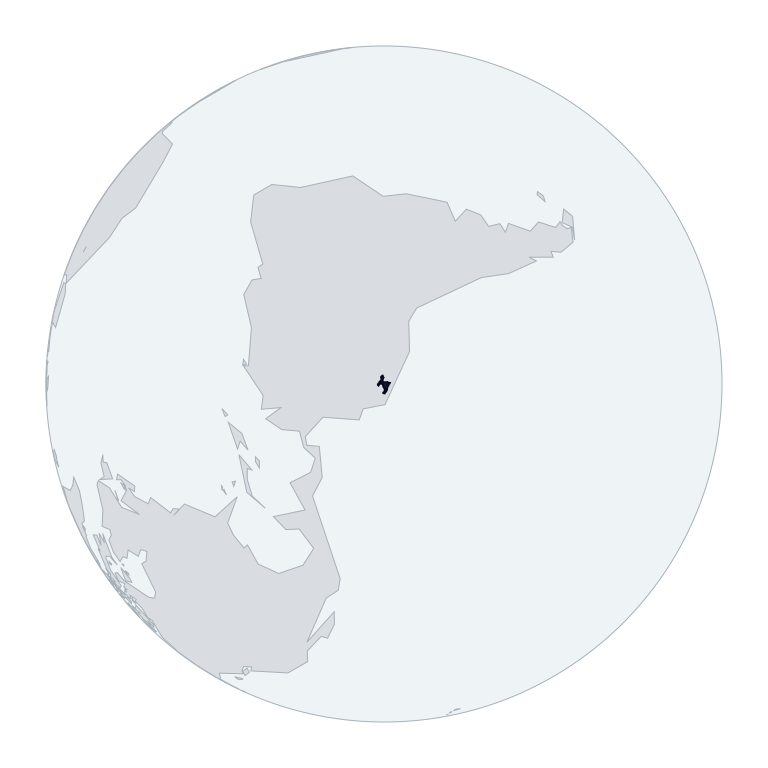 La Libertad highlighted on a globe, orthographic projection, rotated 236°
{"feature_id": "PER-580", "entity_name": "La Libertad", "entity_type": "Department", "adm_level": 1, "iso_a3": "PER", "parent_name": "Peru", "parent_adm1": "", "projection": "orthographic", "projection_center": [-78.244, -7.962], "detail": "fine", "context": "on_globe", "style": "filled", "palette": "ink", "viewbox_px": 768, "rotation_deg": 236, "n_neighbors": 0, "source": "natural_earth", "source_scale": "10m", "svg_char_len": 8872}
<svg xmlns="http://www.w3.org/2000/svg" viewBox="0 0 768 768"><g transform="rotate(236 384 384)"><circle cx="384" cy="384" r="338" fill="#eef3f6" stroke="#a8b0b8"/><path d="M279.2,62.7L280.5,62.9L297.7,58.5L317.8,59.6L322.6,57.5L333.4,58.1L343.0,56.3L343.9,58.1L350.7,55.3L348.0,54.2L350.1,52.9L355.5,52.0L357.7,53.7L355.3,54.4L358.8,54.5L357.6,55.9L361.2,54.8L363.3,57.6L369.3,53.8L377.6,55.3L376.8,57.5L366.4,58.5L338.7,69.7L334.7,74.1L339.4,78.4L370.4,82.7L370.3,87.8L377.8,93.8L382.7,89.8L378.6,83.9L389.5,79.0L383.2,73.5L386.7,71.1L384.4,65.9L396.0,65.7L408.6,68.7L411.1,73.4L416.7,75.3L423.5,70.7L437.0,80.6L461.3,89.9L463.6,93.2L451.5,98.3L428.4,97.5L412.7,108.2L434.3,100.8L439.6,110.9L445.3,112.8L451.7,112.5L454.2,108.8L458.4,112.7L438.6,120.4L434.5,116.9L440.8,114.2L429.9,114.4L416.6,121.5L420.4,127.0L396.4,135.1L398.7,139.5L394.8,144.3L392.7,136.4L396.1,151.4L368.4,169.6L372.6,199.2L356.1,176.6L342.7,174.7L326.5,176.2L326.9,180.8L305.1,179.0L285.7,190.8L279.1,215.5L287.0,233.8L311.2,232.6L318.2,221.3L335.9,218.1L323.7,248.1L354.6,250.9L351.8,273.8L360.9,285.5L376.3,282.0L392.2,287.5L403.3,273.8L421.3,266.5L422.1,285.3L431.7,268.2L442.0,277.4L477.5,277.6L474.9,281.8L505.0,305.7L536.6,317.8L544.0,332.7L540.3,341.2L551.0,344.7L551.2,350.6L593.0,364.1L613.5,381.8L612.1,402.6L593.7,424.5L573.9,474.5L540.0,488.3L529.3,508.8L499.4,537.9L479.1,534.2L482.8,550.1L469.9,558.8L456.2,558.8L452.1,569.7L441.9,569.5L447.5,577.0L428.9,590.7L431.9,602.7L417.8,613.8L420.2,620.8L415.6,620.5L410.2,622.9L409.1,626.8L395.9,620.1L394.3,604.4L400.6,596.6L394.5,595.2L408.0,575.2L400.8,579.2L405.9,548.9L417.8,524.2L428.7,453.5L422.1,439.5L396.7,423.4L366.4,373.3L375.0,352.8L368.1,343.4L390.6,314.8L384.4,289.3L376.3,285.8L368.5,295.5L341.0,280.5L331.2,262.1L247.1,238.8L238.6,230.7L238.8,216.3L213.0,175.7L223.1,215.4L212.7,208.7L204.8,195.1L209.9,190.7L205.5,171.0L196.5,165.5L198.2,142.8L220.7,113.1L223.2,116.1L228.3,109.6L225.6,105.9L222.5,105.2L236.3,85.9L230.6,83.4L217.9,89.8L229.3,83.7L212.5,92.9L234.0,81.2L256.3,71.1L279.2,62.7ZM72.0,265.9L74.4,258.7L74.2,262.0L72.0,265.9ZM75.0,255.2L74.3,257.4L74.7,255.7L75.0,255.2ZM74.8,254.5L75.0,255.0L74.4,255.3L74.8,254.5ZM74.1,254.7L74.6,254.3L74.4,254.6L74.1,254.7ZM371.1,209.7L406.5,224.2L386.7,226.3L390.4,223.4L381.4,217.3L364.7,212.1L347.3,216.1L371.1,209.7ZM74.1,252.6L74.2,251.9L74.9,250.8L74.1,252.6ZM386.2,192.4L380.1,191.4L386.1,191.1L386.2,192.4ZM220.0,105.8L224.8,106.3L225.0,111.5L220.2,111.2L220.0,105.8ZM220.7,97.9L224.8,96.5L218.7,102.3L218.2,101.3L220.7,97.9ZM207.3,96.0L210.0,94.5L205.2,97.3L207.3,96.0ZM378.1,66.5L381.2,66.2L380.0,67.3L378.1,66.5ZM374.2,64.8L370.7,66.3L368.3,65.7L370.6,64.8L374.2,64.8ZM379.1,63.2L364.6,64.6L360.5,63.8L365.5,59.8L379.1,63.2ZM344.8,54.3L348.0,55.4L340.3,55.4L344.8,54.3ZM339.4,54.7L313.0,58.5L311.0,57.2L320.2,55.8L313.6,55.4L325.7,52.7L332.0,52.4L330.9,53.6L336.3,51.8L339.4,54.7ZM350.3,52.4L345.1,52.9L343.1,51.7L353.0,50.3L350.5,51.1L350.3,52.4ZM306.0,56.9L306.2,56.1L316.0,53.6L317.5,53.1L325.8,52.6L306.0,56.9ZM353.7,51.0L358.1,49.8L364.0,49.8L355.2,51.8L353.7,51.0ZM338.3,52.0L337.8,51.5L341.3,51.3L338.3,52.0ZM387.5,50.4L381.3,50.5L379.7,49.7L387.5,50.4ZM359.4,49.4L357.3,49.4L356.0,49.3L360.1,48.7L359.4,49.4ZM332.1,51.1L336.2,50.5L329.2,51.2L336.3,49.9L340.6,50.0L341.7,49.4L343.9,49.1L344.9,49.6L332.1,51.1ZM360.2,47.8L368.1,48.4L379.8,48.2L381.6,48.7L362.4,49.1L360.2,47.8ZM351.1,48.7L357.1,48.2L356.3,48.8L351.6,49.6L351.1,48.7ZM339.5,49.2L327.6,51.1L327.1,51.1L339.5,49.2ZM363.8,47.5L361.8,47.5L364.7,47.4L363.8,47.5ZM347.2,48.4L343.0,48.9L342.5,48.9L347.2,48.4ZM361.3,47.2L363.8,47.2L360.8,47.5L361.3,47.2ZM355.0,47.6L355.3,47.4L358.1,47.6L353.2,47.8L355.0,47.6ZM347.4,48.2L345.7,48.4L349.2,48.0L347.4,48.2ZM371.4,46.3L375.8,46.5L369.0,47.1L365.7,46.7L371.4,46.3ZM417.5,634.1L396.8,622.5L408.6,627.8L418.2,622.0L428.6,630.8L417.5,634.1ZM445.2,619.5L455.5,616.8L457.6,618.8L450.9,621.3L445.2,619.5ZM627.6,149.8L628.0,150.3L647.1,175.1L645.4,176.4L637.0,170.0L614.4,143.3L620.6,143.8L612.7,135.9L598.1,123.9L601.2,125.6L596.0,121.3L597.1,121.7L595.0,120.0L627.6,149.8ZM680.1,546.9L684.3,538.9L707.7,479.9L714.0,456.9L707.9,480.2L700.2,503.1L690.9,525.3L680.1,546.9ZM718.6,431.3L721.4,388.1L721.2,364.5L720.2,353.5L719.2,354.4L717.1,341.4L715.7,340.2L701.2,342.8L691.8,325.5L668.8,276.7L667.8,259.2L659.0,238.4L645.3,176.9L652.1,182.0L653.2,179.7L667.1,199.5L679.6,220.3L690.6,241.9L700.0,264.3L707.8,287.3L713.9,310.7L718.3,334.6L721.0,358.7L721.9,382.9L721.1,407.2L718.6,431.3ZM661.4,208.3L664.5,214.1L661.4,208.3ZM478.6,277.4L483.0,281.3L477.3,281.1L478.6,277.4ZM384.1,233.7L391.5,234.0L395.5,236.7L389.8,237.7L384.1,233.7ZM445.9,234.1L454.3,235.9L445.7,237.2L445.9,234.1ZM412.0,226.2L439.2,233.5L422.4,238.5L405.2,234.3L417.0,232.8L412.0,226.2ZM383.1,202.2L387.8,203.4L386.5,206.6L383.1,202.2ZM390.6,192.4L388.8,192.6L386.4,190.2L390.6,192.4ZM440.8,110.4L442.5,109.9L449.1,110.5L446.3,112.0L440.8,110.4ZM476.7,105.1L482.7,111.5L476.4,107.5L473.7,110.2L457.1,106.0L463.8,94.7L463.7,100.2L476.7,105.1ZM436.9,98.6L446.6,101.6L435.7,98.8L436.9,98.6ZM566.3,100.6L571.0,103.2L577.0,107.6L578.0,110.2L569.4,103.6L566.3,100.6ZM589.8,115.9L591.9,117.6L590.4,118.0L587.4,114.7L583.0,111.9L576.2,106.3L555.6,93.2L554.1,92.0L558.4,94.7L559.5,95.2L566.8,99.9L582.5,110.5L589.8,115.9ZM505.7,71.0L496.8,67.8L505.0,68.9L512.4,71.9L514.0,73.9L506.2,71.7L505.7,71.0ZM390.8,57.0L386.9,57.5L386.3,56.8L389.1,55.8L390.8,57.0ZM384.7,50.5L407.5,54.9L404.1,55.4L421.5,58.6L419.3,61.5L408.2,59.1L419.5,64.4L408.6,63.4L417.3,67.2L392.6,61.5L383.2,61.7L394.5,60.2L396.7,57.3L394.9,56.1L382.6,53.3L363.5,53.3L362.6,51.3L367.1,50.0L371.6,49.7L370.7,50.8L377.3,49.6L379.5,51.2L384.7,50.5ZM456.4,53.9L457.1,54.1L462.3,55.3L463.2,55.7L469.7,57.4L466.4,56.7L477.3,59.7L469.6,57.7L473.9,59.3L479.1,60.3L471.2,64.3L473.9,69.2L480.3,74.7L466.2,72.0L451.2,65.6L437.9,59.0L437.3,55.4L431.1,55.4L428.9,53.9L434.8,54.5L424.5,52.7L424.4,51.8L412.4,48.9L397.8,48.1L393.0,47.5L398.7,47.4L390.0,46.9L397.5,46.6L394.3,46.4L397.7,46.4L427.2,48.9L456.4,53.9ZM393.6,46.2L385.5,46.5L387.3,46.7L380.7,47.9L368.6,47.9L371.6,47.4L371.7,47.1L375.5,47.2L372.5,46.9L376.5,46.5L375.4,46.3L380.5,46.2L373.3,46.2L393.6,46.2Z" fill="#d9dde1" stroke="#a8b0b8" stroke-width="1"/><path d="M381.6,389.9L381.6,389.7L381.4,389.4L381.2,389.2L381.0,388.8L381.0,388.7L381.1,388.4L381.1,388.2L381.0,387.8L380.8,387.6L380.6,387.3L380.4,387.1L380.1,387.0L380.0,386.9L379.9,386.8L380.0,386.7L380.2,386.4L379.8,385.9L379.6,385.6L379.5,385.3L378.9,384.8L378.9,384.6L378.5,384.4L377.8,383.9L377.5,383.5L377.3,383.3L377.3,383.0L377.0,382.7L376.9,382.6L377.0,382.5L377.0,382.4L377.0,382.2L376.7,381.8L376.3,381.3L376.2,381.1L376.2,380.9L376.2,380.7L376.2,380.4L376.1,380.2L376.0,379.9L375.8,379.7L375.6,379.5L375.5,379.4L375.7,379.1L376.7,378.1L376.8,378.1L377.4,378.3L377.5,378.4L377.5,379.3L377.6,379.5L377.5,379.8L377.5,380.0L377.4,380.0L377.3,380.3L377.5,380.4L377.8,380.5L378.1,380.6L378.4,380.7L378.6,380.8L378.9,381.1L379.0,381.2L379.0,381.3L379.2,381.6L379.2,381.8L379.2,382.0L379.5,382.5L379.7,382.3L379.8,382.3L379.8,382.2L379.9,381.9L380.0,381.8L380.3,381.8L380.7,381.7L380.8,381.6L381.1,381.7L381.3,381.8L381.5,381.7L381.8,381.7L382.0,381.7L382.3,381.9L382.4,382.0L382.6,382.1L382.8,382.2L383.1,382.1L383.3,382.3L383.6,382.4L383.6,382.5L383.7,382.8L383.8,382.8L384.0,382.8L384.1,382.7L384.3,382.6L384.6,382.3L384.8,382.3L385.0,382.4L385.4,382.3L385.5,382.3L385.8,382.3L385.8,382.2L385.9,381.9L385.9,381.7L385.9,381.4L386.2,381.1L386.3,381.1L386.6,381.1L386.9,381.1L386.8,380.9L386.6,380.8L386.5,380.7L386.4,380.6L386.3,380.3L386.3,380.1L386.2,380.1L386.2,379.9L386.2,379.7L386.0,379.4L385.9,379.4L385.8,379.2L385.7,378.8L385.6,378.6L385.5,378.4L385.8,378.3L386.0,378.3L386.1,378.2L386.3,378.3L386.5,378.3L386.9,378.3L387.0,378.4L387.1,378.5L387.3,379.0L387.7,379.3L387.8,379.5L387.6,380.0L387.6,380.3L387.8,380.7L387.9,380.9L388.1,381.0L388.3,381.2L388.4,381.4L388.6,381.6L388.7,381.8L388.5,382.2L388.5,382.4L388.5,382.6L388.5,382.8L388.6,383.0L388.7,383.3L388.9,383.6L389.0,383.7L389.0,383.8L389.0,384.0L388.9,384.2L388.9,384.3L389.0,384.3L389.1,384.5L389.4,384.7L389.5,384.7L389.8,384.6L390.5,384.8L391.0,385.0L391.4,385.2L391.8,385.7L391.8,385.8L392.0,387.3L392.1,387.5L391.9,387.8L391.5,387.8L391.4,387.8L391.2,387.7L391.2,387.4L391.1,387.2L390.9,387.2L390.6,387.3L390.4,387.3L389.7,387.4L389.4,387.4L389.4,387.2L389.2,386.8L388.8,386.3L388.4,385.7L388.1,385.5L387.7,385.1L387.6,384.9L387.6,384.7L387.5,384.4L387.4,384.3L387.1,384.5L386.9,384.5L386.7,384.6L386.4,384.7L386.2,384.6L385.9,384.7L385.8,385.0L385.7,385.2L384.8,386.0L384.7,386.1L384.7,386.3L384.5,386.5L384.5,386.8L384.3,387.1L384.1,387.3L384.0,387.5L383.9,388.1L383.7,388.1L383.4,388.2L383.1,388.4L382.3,388.7L382.1,388.8L381.9,389.1L381.9,389.6L381.8,389.8L381.7,389.9L381.6,389.9Z" fill="#0f172a" stroke="#020617" stroke-width="1.5"/></g></svg>